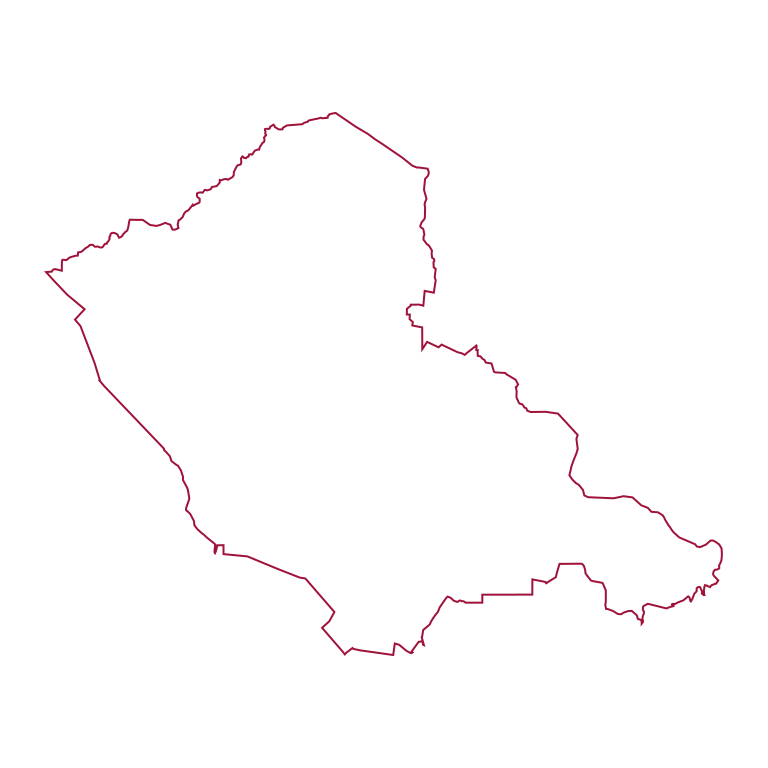 Meoqui, Chihuahua, Mexico (Mercator projection)
{"feature_id": "50627088B21598242186115", "entity_name": "Meoqui", "entity_type": "district", "adm_level": 2, "iso_a3": "MEX", "parent_name": "Mexico", "parent_adm1": "Chihuahua", "projection": "mercator", "projection_center": [-105.475, 28.358], "detail": "fine", "context": "isolated", "style": "outline", "palette": "rose", "viewbox_px": 768, "rotation_deg": 0, "n_neighbors": 0, "source": "geoboundaries", "source_scale": "gbopen_adm2", "svg_char_len": 6095}
<svg xmlns="http://www.w3.org/2000/svg" viewBox="0 0 768 768"><path d="M344.8,654.4L346.6,652.5L352.5,648.0L353.2,648.8L353.9,649.0L359.8,650.3L393.2,655.0L394.8,643.5L399.2,644.8L406.4,650.8L410.0,652.8L411.5,653.1L412.6,652.4L411.7,651.4L418.7,641.8L419.4,641.9L422.2,641.0L423.2,644.9L423.9,645.2L421.7,637.1L422.1,636.8L423.2,630.0L429.6,624.6L431.6,620.6L434.4,616.3L437.9,611.9L439.8,607.2L446.2,598.0L447.6,596.6L450.5,597.7L453.9,600.8L457.1,601.9L458.0,601.6L459.2,600.7L460.1,600.5L460.9,600.7L461.8,601.2L463.2,601.2L464.7,601.9L465.5,602.7L482.3,602.7L482.3,594.7L532.3,594.6L532.4,579.4L544.7,581.8L546.1,582.4L546.1,583.2L546.6,583.2L546.7,582.8L555.8,577.2L557.1,572.1L559.5,563.9L581.4,563.7L582.4,564.2L583.7,565.6L584.2,566.9L585.1,569.7L585.6,573.6L590.9,580.5L592.8,581.1L602.1,582.8L602.7,583.2L605.8,590.3L605.8,600.4L605.7,602.9L605.2,604.5L606.1,608.9L607.9,609.1L613.0,611.0L617.9,614.0L618.8,614.1L621.2,614.2L623.5,612.7L625.1,612.1L628.2,611.1L631.8,610.9L636.5,615.0L637.0,615.7L637.6,618.3L638.2,619.2L639.2,619.3L640.6,619.8L641.2,620.4L641.7,621.6L641.7,623.7L642.8,622.3L643.1,621.1L642.4,619.2L642.8,616.3L643.9,613.4L643.9,611.4L642.8,609.9L643.0,607.1L643.3,606.4L643.9,605.8L647.9,603.8L666.4,608.4L670.6,606.8L673.6,606.1L673.6,605.4L672.0,604.7L671.9,604.3L673.1,603.8L675.0,604.0L678.2,602.3L683.3,600.4L688.1,596.4L688.4,596.4L689.5,597.5L690.3,600.7L690.5,601.3L690.9,601.5L692.5,598.6L694.2,593.9L696.6,591.3L696.7,588.2L698.2,587.0L699.5,587.0L700.2,587.3L702.2,591.9L701.8,593.5L703.9,595.2L704.4,595.1L703.9,593.4L704.1,592.3L703.8,590.2L704.3,588.3L704.2,587.6L704.9,585.2L707.3,585.7L707.5,586.1L710.0,587.1L710.9,585.8L712.3,584.8L713.6,584.6L714.9,583.7L716.0,583.8L718.3,580.4L714.2,576.2L713.3,574.9L713.1,573.8L713.6,571.5L714.8,569.9L717.3,569.5L719.2,568.4L719.3,567.5L719.0,565.8L720.7,562.3L721.5,559.9L721.9,554.5L721.6,548.5L719.3,544.6L716.0,542.1L712.9,540.5L710.5,540.6L705.8,544.7L700.1,547.1L696.8,546.5L695.2,544.3L679.2,537.4L673.9,532.6L671.6,529.8L669.8,526.8L668.6,525.5L664.8,519.2L664.2,517.5L662.6,515.2L657.9,512.3L651.4,511.8L647.9,507.9L641.3,505.3L632.5,497.4L623.6,496.2L613.6,498.3L588.1,497.2L584.3,495.4L583.0,490.0L578.8,484.8L575.9,483.1L572.3,479.5L569.4,475.3L571.6,465.8L573.7,460.0L576.4,453.4L577.7,448.8L576.4,438.8L577.7,435.0L558.0,413.6L545.5,411.8L530.6,412.0L527.2,410.6L526.4,408.4L524.3,407.4L523.6,406.1L522.2,404.3L519.6,403.6L518.7,402.5L518.0,400.6L517.0,398.8L516.4,396.7L516.7,391.4L515.8,387.1L517.0,386.5L517.3,385.5L518.1,384.5L515.7,379.8L506.5,374.3L505.2,373.0L494.7,372.3L493.9,371.5L491.5,363.5L485.8,362.6L484.5,360.0L482.6,358.8L481.7,358.0L481.0,356.8L480.4,356.4L477.8,355.9L477.5,351.0L477.8,350.2L476.3,350.0L476.6,345.9L476.4,345.5L466.8,353.0L464.8,354.9L461.8,353.3L457.5,352.2L441.6,344.6L438.6,347.3L427.1,341.9L422.3,349.2L422.2,327.4L412.3,325.5L412.8,322.0L409.6,319.2L409.8,314.6L406.8,314.5L406.9,308.8L410.8,305.7L410.8,304.7L419.3,304.6L423.3,305.7L424.7,290.9L433.8,292.7L435.7,280.3L434.7,277.2L435.7,268.9L433.7,267.3L433.5,262.1L434.3,260.9L434.1,259.2L432.1,257.7L431.6,253.5L432.0,250.7L429.5,246.4L428.2,244.9L427.1,244.5L423.5,239.6L423.5,236.8L424.4,234.9L423.6,230.4L423.1,228.9L420.7,227.2L420.3,226.3L420.4,225.4L421.7,222.3L424.5,218.9L424.9,217.4L425.1,207.3L424.6,204.6L425.0,202.5L426.5,198.8L424.0,189.9L425.0,179.4L425.2,178.8L427.9,175.9L428.6,174.0L428.8,172.2L427.7,168.7L418.9,167.5L416.9,167.5L412.5,165.8L402.1,157.5L381.9,143.7L374.7,139.0L368.0,134.0L355.7,126.7L335.7,113.0L332.9,113.4L329.3,114.4L329.3,114.7L327.7,116.4L327.6,117.8L321.9,118.3L320.8,117.7L318.1,118.5L309.5,120.3L308.3,120.7L307.7,121.8L304.3,122.7L302.4,124.2L287.1,125.4L283.0,127.7L282.3,129.4L278.7,129.4L274.7,126.9L274.4,125.5L273.4,124.7L270.0,126.9L269.8,128.2L268.9,129.0L266.9,128.7L265.0,129.1L264.9,130.2L265.5,131.5L265.2,133.6L265.9,134.5L266.0,135.4L265.1,136.0L264.0,137.8L264.5,139.6L264.3,141.3L263.7,142.2L262.5,142.9L259.8,147.1L259.1,149.6L257.6,149.6L254.9,150.6L253.6,152.3L252.4,154.4L251.5,154.6L251.0,154.2L249.3,154.4L248.8,154.9L248.7,156.4L246.9,157.2L246.0,158.2L243.9,157.8L243.0,156.7L242.4,156.4L241.0,158.4L241.3,161.6L241.0,163.9L240.3,164.6L238.1,165.0L236.7,166.4L233.9,171.9L233.7,175.2L232.5,177.1L227.8,179.8L226.6,179.0L224.2,179.2L220.8,180.4L219.8,180.0L219.7,182.6L216.7,186.1L212.0,187.0L210.6,189.3L207.0,190.4L205.7,189.9L204.7,190.0L202.6,192.7L200.9,192.4L198.8,192.6L197.0,193.5L196.9,195.4L197.4,197.0L199.7,198.8L199.7,201.7L199.2,202.7L196.2,204.0L193.3,205.7L192.8,204.7L188.3,210.4L186.0,211.4L184.2,213.4L182.6,217.1L180.0,219.6L178.6,220.3L177.7,224.6L178.4,228.1L174.9,229.7L172.5,229.6L170.4,224.8L165.2,222.9L160.0,225.0L156.4,225.9L150.1,225.0L142.8,219.9L131.9,219.8L131.2,219.6L129.7,219.8L129.3,221.1L128.2,227.4L127.2,230.6L125.3,232.0L123.6,233.8L122.6,234.9L122.5,235.7L122.0,236.2L120.2,237.4L119.0,237.7L117.5,234.6L116.0,233.6L114.4,233.0L112.7,232.8L111.8,233.0L110.6,234.1L110.3,235.7L109.6,236.5L109.4,237.3L109.7,238.4L108.8,240.5L107.9,241.8L107.1,242.5L106.9,243.6L104.8,244.0L102.8,246.9L102.0,247.4L100.2,247.5L97.8,246.5L95.1,246.8L92.6,244.8L89.8,245.0L88.6,246.3L85.1,248.5L82.3,251.1L80.8,252.0L78.1,252.4L77.8,255.6L75.3,255.8L70.1,257.3L68.2,258.5L67.1,259.7L66.2,260.1L63.2,259.7L62.2,260.1L61.9,262.0L61.8,270.7L55.1,269.1L53.6,269.4L52.4,270.4L51.9,271.6L46.1,272.1L53.9,280.7L67.4,294.9L84.6,309.2L75.0,319.6L80.5,326.1L94.6,363.1L99.8,380.1L99.4,380.4L104.3,386.2L164.0,448.7L164.0,449.9L166.1,451.9L170.0,456.4L171.1,460.2L171.6,461.2L176.7,465.1L177.7,465.4L180.9,470.3L183.0,476.7L182.9,479.9L186.9,487.3L187.9,489.8L189.3,498.3L189.2,499.2L186.1,508.1L186.0,509.8L186.6,510.8L187.1,510.9L190.2,513.9L193.7,520.5L194.1,521.6L194.3,524.8L194.5,525.4L197.6,529.4L201.6,533.0L204.0,534.8L206.6,537.3L214.7,543.8L215.1,545.3L214.5,550.9L214.6,552.7L215.0,553.2L215.8,551.5L217.3,545.7L217.0,545.3L223.5,545.2L223.5,554.1L247.4,556.4L278.8,569.4L299.8,577.6L305.4,578.5L334.4,612.0L329.3,621.3L322.1,627.8L343.0,652.0L344.8,654.4Z" fill="none" stroke="#9f1239" stroke-width="2"/></svg>